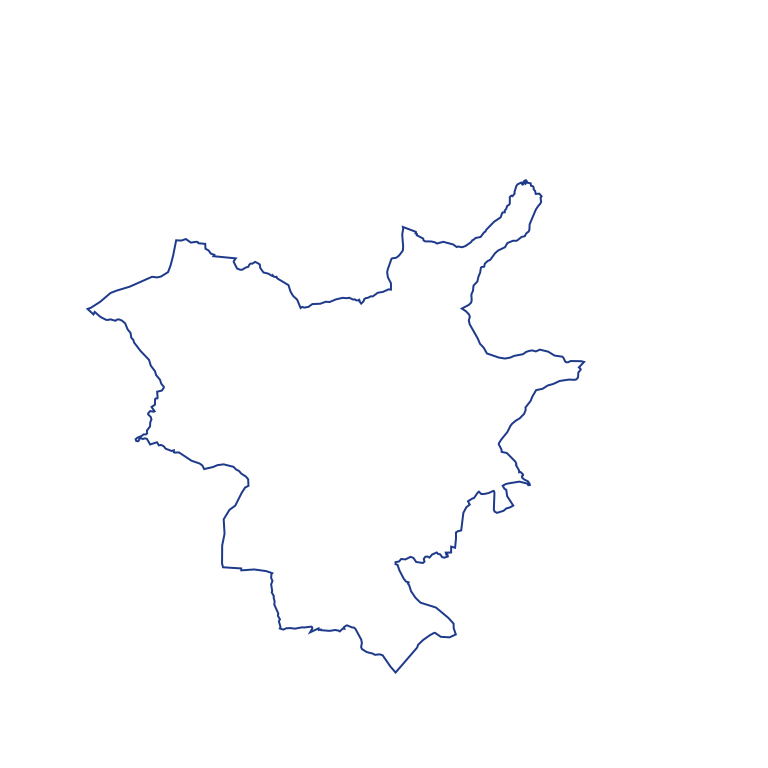 the district of Calugareni, Prahova, Romania, rotated 52°
{"feature_id": "2599482B25191657373311", "entity_name": "Calugareni", "entity_type": "district", "adm_level": 2, "iso_a3": "ROU", "parent_name": "Romania", "parent_adm1": "Prahova", "projection": "albers", "projection_center": [26.374, 45.087], "detail": "fine", "context": "isolated", "style": "outline", "palette": "blue", "viewbox_px": 768, "rotation_deg": 52, "n_neighbors": 0, "source": "geoboundaries", "source_scale": "gbopen_adm2", "svg_char_len": 6153}
<svg xmlns="http://www.w3.org/2000/svg" viewBox="0 0 768 768"><g transform="rotate(52 384 384)"><path d="M142.4,571.4L150.3,570.1L149.1,567.6L156.7,566.1L162.3,563.5L163.6,562.1L164.5,559.9L168.8,556.7L168.9,554.7L169.9,553.1L172.6,551.5L176.8,550.6L183.1,552.4L187.8,552.3L191.8,554.6L195.0,554.4L197.5,555.4L208.2,555.5L220.3,554.3L226.0,556.5L232.9,556.6L236.7,558.1L242.7,557.9L246.5,559.3L250.6,559.3L251.4,559.8L252.4,563.1L250.4,567.5L255.5,570.9L255.8,571.5L254.8,572.9L255.1,573.8L259.3,577.3L259.0,581.3L264.3,581.6L263.9,582.7L261.4,584.9L261.9,587.8L262.8,588.6L266.3,588.1L268.8,589.1L270.2,591.7L273.4,594.5L274.7,599.4L277.0,601.0L277.2,602.5L275.7,604.5L275.7,607.2L274.5,611.3L274.6,613.7L276.3,614.3L277.6,613.2L277.7,612.3L276.7,610.6L276.9,608.9L278.8,608.0L279.6,605.9L281.2,604.6L287.7,605.5L290.1,598.8L293.8,599.2L294.6,597.4L295.5,596.8L297.6,595.9L300.6,595.9L306.1,592.5L306.9,590.4L308.2,591.6L309.0,591.4L311.7,587.7L326.0,582.9L333.2,578.2L336.4,577.3L340.3,578.1L344.2,569.8L345.4,565.2L348.6,559.8L356.6,553.6L360.2,553.2L363.4,551.8L366.9,551.6L371.9,549.8L375.4,549.7L380.8,553.5L380.1,557.2L382.1,563.0L388.3,576.2L388.0,583.2L391.9,593.6L403.9,601.9L411.6,610.9L425.7,622.1L429.3,623.7L441.4,610.1L443.0,611.2L450.2,600.5L458.8,592.1L464.3,588.5L464.6,589.8L467.1,592.2L470.6,593.2L472.4,596.3L478.2,599.5L479.1,600.8L483.3,601.4L484.2,602.4L487.9,604.0L490.4,606.3L499.7,608.6L501.4,610.3L505.4,610.9L506.2,612.9L511.8,615.2L512.5,616.6L515.5,614.6L516.4,611.2L519.0,607.7L521.9,604.9L525.4,598.2L526.7,596.9L530.4,590.7L531.3,590.4L532.5,591.0L534.2,595.1L536.3,586.0L537.7,586.8L538.6,584.9L539.3,585.1L545.1,578.8L547.8,573.9L550.3,571.7L551.7,571.2L551.4,567.1L552.5,565.9L551.0,565.4L551.1,562.5L551.6,561.6L556.2,559.0L557.5,557.6L559.5,557.3L571.4,559.3L574.5,560.9L577.1,563.9L579.3,564.6L584.7,562.6L589.3,559.0L591.8,557.9L594.4,553.8L596.9,552.1L610.7,552.9L618.5,552.5L612.1,520.2L610.5,517.7L609.8,511.0L610.2,502.5L611.0,497.7L611.5,497.0L618.2,494.9L624.0,488.3L625.6,481.6L619.5,479.5L615.6,476.7L607.8,477.3L592.1,480.7L578.9,489.8L572.0,490.8L564.1,490.3L558.2,488.1L556.0,488.0L555.5,486.7L553.2,488.3L549.4,488.3L540.3,486.6L534.9,484.7L533.1,485.8L531.5,484.6L533.1,481.4L532.5,478.2L535.4,475.1L536.5,469.6L539.1,467.9L544.1,468.2L549.0,463.5L548.9,461.5L546.3,460.3L545.6,457.7L546.8,455.9L548.8,455.0L548.0,451.1L549.2,446.2L551.3,446.0L552.8,444.6L556.2,444.8L558.0,443.4L559.2,439.9L557.5,439.1L556.9,440.0L554.9,439.1L558.1,434.9L553.5,431.2L556.8,428.8L550.1,422.4L545.3,418.7L545.5,416.4L546.9,413.3L534.4,400.8L531.8,395.0L531.8,390.7L528.1,390.0L528.7,384.5L529.3,383.4L527.3,377.0L527.3,375.5L530.5,375.1L532.0,373.4L534.3,368.8L535.6,363.5L536.2,363.3L537.8,364.0L550.5,374.7L552.6,375.4L555.1,374.3L557.5,367.9L557.4,364.0L558.7,361.1L559.4,357.0L548.2,356.0L542.6,352.8L540.8,353.6L537.3,353.1L537.8,349.7L538.8,347.4L544.3,337.4L550.7,332.4L552.6,332.6L553.4,331.3L552.6,330.8L549.4,330.5L545.3,332.4L542.8,332.8L541.6,332.1L541.6,330.7L540.7,330.1L537.4,330.6L536.7,331.9L535.3,330.8L529.1,329.9L528.7,329.0L526.1,328.3L514.0,329.7L509.9,333.1L508.0,331.8L502.2,330.7L501.5,330.0L500.1,326.3L497.8,316.4L494.8,310.0L494.2,307.6L494.0,302.8L494.6,298.2L493.8,292.0L491.8,288.5L489.6,286.9L487.6,278.9L485.3,275.0L482.5,267.9L485.4,262.0L486.0,255.8L488.2,250.5L489.7,243.8L494.4,235.5L498.1,231.2L498.8,229.4L498.2,227.0L494.6,223.8L493.8,220.2L493.0,219.8L490.9,220.2L489.8,212.8L487.5,214.5L480.8,222.8L480.2,225.5L479.2,226.9L477.9,227.4L473.8,226.5L472.2,226.7L466.6,232.1L459.6,234.7L452.9,240.0L451.8,244.3L448.8,246.5L447.3,249.2L446.2,252.3L446.1,256.1L442.0,264.1L440.9,268.3L438.4,273.0L433.9,277.2L423.3,284.1L416.9,283.1L411.4,283.6L405.8,282.1L389.6,279.7L386.1,278.0L383.8,274.9L381.5,274.2L377.3,274.6L372.5,276.2L373.9,268.3L373.5,265.3L372.3,263.6L367.3,260.1L365.3,256.5L361.6,252.9L360.7,247.3L357.5,243.4L355.5,239.8L352.0,236.0L352.0,234.9L353.2,232.9L351.2,230.3L350.9,226.5L351.6,223.9L349.3,215.9L349.1,211.8L350.7,204.5L348.9,200.0L350.6,194.0L352.4,191.9L352.9,190.6L352.8,185.1L354.2,182.1L352.9,179.2L352.9,176.1L351.9,174.4L347.8,170.9L340.0,156.9L338.6,152.6L338.3,150.4L337.2,148.0L333.5,145.9L333.2,144.3L329.7,144.4L327.6,147.4L324.9,146.1L322.7,146.2L321.1,145.0L319.8,145.0L318.3,146.1L316.1,144.9L314.1,146.8L310.8,146.7L310.4,148.1L313.2,148.6L313.4,149.2L310.7,149.6L310.8,150.4L312.4,151.4L312.1,152.1L309.7,152.0L308.9,155.8L309.4,157.7L313.0,162.9L314.4,163.9L315.1,167.1L314.0,167.7L314.1,169.7L319.4,173.9L319.8,175.7L319.5,177.2L321.3,180.1L321.7,182.1L323.1,183.1L321.9,184.9L322.0,185.5L324.5,189.6L323.9,197.3L325.4,208.4L326.3,210.2L326.1,211.7L327.6,217.4L325.3,222.0L325.5,224.5L325.1,225.9L325.8,227.8L325.7,230.4L325.4,234.8L324.4,238.1L321.2,241.1L320.8,242.4L316.6,243.6L308.5,249.7L305.9,255.8L303.7,256.6L300.9,258.9L296.8,263.9L295.1,264.4L293.5,263.6L286.9,266.6L286.1,265.7L284.7,266.4L284.4,265.5L283.7,265.2L271.9,272.4L273.2,273.0L277.4,277.6L287.5,284.3L290.5,287.1L292.0,292.9L292.1,295.2L291.9,297.0L290.0,300.2L290.0,301.1L296.2,310.8L297.9,312.7L302.2,315.2L308.9,316.5L313.9,320.4L312.2,322.2L310.8,328.0L308.2,332.9L308.1,338.7L306.7,340.7L306.1,343.8L305.1,345.5L305.0,347.4L306.2,349.1L306.6,352.5L303.3,352.4L303.1,351.8L302.3,351.7L302.3,352.8L300.8,354.5L299.3,354.9L298.4,356.4L294.6,358.3L293.5,360.5L290.6,363.6L287.7,369.9L285.9,376.4L283.3,379.3L281.5,384.8L276.9,391.3L276.7,396.1L274.8,399.7L272.9,401.0L272.8,402.9L264.0,400.5L258.6,401.4L253.7,400.8L247.3,398.4L235.1,403.1L233.3,402.7L232.8,403.8L231.2,404.9L229.7,404.8L229.9,405.6L225.9,407.2L221.9,410.3L216.5,410.1L213.3,408.3L210.6,409.3L208.4,410.4L208.2,413.4L206.9,415.2L207.2,417.0L208.1,418.8L207.1,421.4L206.6,425.5L205.4,427.0L202.5,428.7L195.4,427.3L194.8,426.9L193.7,423.5L178.3,439.7L177.7,438.2L174.6,440.2L170.8,440.0L167.5,441.4L163.5,438.6L158.8,443.6L157.6,443.4L156.4,444.3L153.7,449.1L147.8,450.9L146.2,455.4L142.8,459.3L152.9,471.0L159.1,479.1L162.9,485.3L162.0,493.7L160.3,497.2L156.7,500.8L150.7,524.6L145.8,537.2L143.9,543.5L144.5,556.9L143.5,567.8L142.4,571.4Z" fill="none" stroke="#1e3a8a" stroke-width="2"/></g></svg>